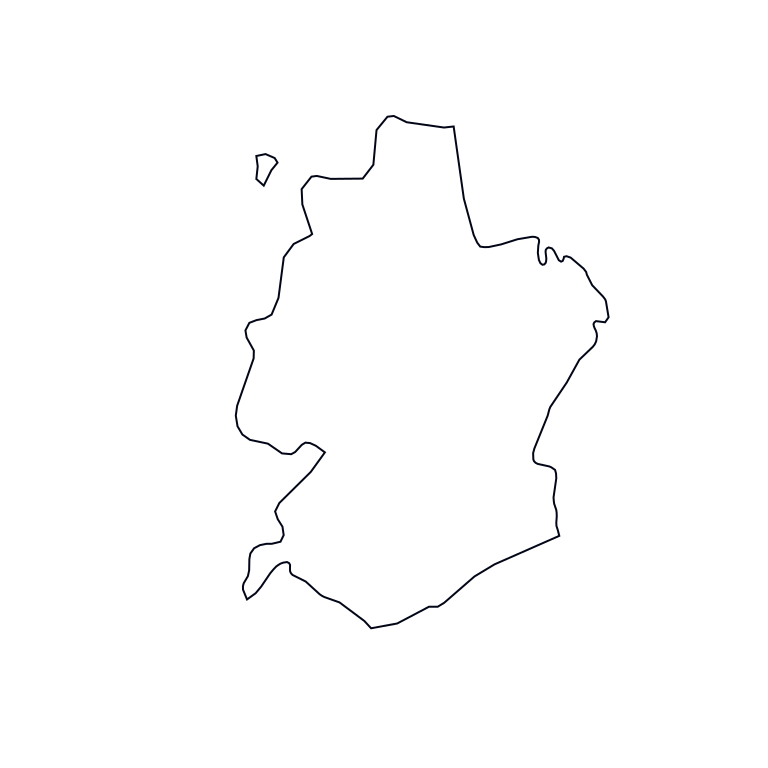 outline of Matera, rotated 32°
{"feature_id": "ITA-5389", "entity_name": "Matera", "entity_type": "Province", "adm_level": 1, "iso_a3": "ITA", "parent_name": "Italy", "parent_adm1": "", "projection": "albers", "projection_center": [16.459, 40.447], "detail": "fine", "context": "isolated", "style": "outline", "palette": "ink", "viewbox_px": 768, "rotation_deg": 32, "n_neighbors": 0, "source": "natural_earth", "source_scale": "10m", "svg_char_len": 2314}
<svg xmlns="http://www.w3.org/2000/svg" viewBox="0 0 768 768"><g transform="rotate(32 384 384)"><path d="M613.1,419.9L573.3,478.4L562.7,499.3L551.0,537.6L547.6,544.4L540.2,549.0L522.1,580.1L502.5,598.0L493.0,595.4L462.0,592.8L446.2,596.3L443.6,596.5L440.9,596.4L422.3,593.0L407.6,594.4L405.4,593.8L403.7,592.7L402.4,590.9L400.2,587.2L398.5,586.2L396.1,586.4L393.2,588.9L391.4,591.2L390.2,593.7L389.3,595.9L388.5,599.8L387.8,604.9L387.2,621.0L386.0,629.5L382.0,639.3L373.4,633.1L371.5,630.2L370.6,627.2L370.4,619.1L368.4,613.5L362.6,603.8L360.5,598.6L360.9,592.1L364.2,586.4L368.9,581.9L373.5,579.0L379.8,572.6L379.0,565.3L373.5,558.8L365.6,555.0L359.2,549.8L358.3,540.4L368.5,497.3L370.1,473.3L358.9,472.5L352.6,473.3L348.4,475.4L346.5,479.2L344.7,488.8L342.5,492.7L334.3,496.9L317.2,496.1L299.9,502.4L290.7,501.9L282.2,497.5L275.1,489.4L271.0,480.3L259.9,431.4L255.9,424.6L242.9,417.4L238.1,412.0L237.4,403.5L242.0,397.4L248.1,391.7L251.9,384.7L248.9,366.9L231.9,329.7L233.2,313.1L242.5,297.9L243.6,294.9L219.6,275.0L210.9,262.4L212.6,246.6L216.7,243.2L230.1,238.3L257.1,221.1L258.8,203.7L243.1,172.6L245.3,155.5L250.3,151.5L264.5,150.0L299.0,134.7L306.6,128.7L353.5,184.5L381.1,210.1L388.1,214.7L392.8,216.5L396.7,214.7L400.3,212.3L409.4,203.5L420.5,190.5L431.3,180.9L432.7,180.0L434.4,179.2L437.0,178.7L438.9,179.5L440.1,181.1L441.6,185.0L445.0,191.3L449.6,196.7L452.7,198.7L455.2,198.9L456.6,197.6L456.9,195.4L456.2,193.5L455.2,191.6L451.2,186.6L450.2,184.8L450.2,182.9L451.2,181.0L454.5,180.0L457.7,181.0L466.7,186.4L469.3,186.4L470.3,185.0L470.0,182.8L469.3,180.7L471.1,178.9L475.3,177.9L492.2,180.4L496.1,181.9L498.1,183.8L508.2,189.9L523.5,193.8L526.9,195.1L528.6,196.5L539.1,208.4L538.8,214.5L530.5,218.3L529.7,220.3L529.9,222.1L531.3,223.7L533.1,225.1L535.1,226.3L537.3,228.1L539.3,230.6L541.3,235.4L541.7,238.8L541.4,241.7L536.8,259.8L538.2,285.9L537.2,315.3L537.6,317.7L539.6,324.2L545.7,359.0L547.1,363.6L550.6,368.8L552.2,370.0L554.4,370.5L556.7,370.3L567.9,366.3L570.0,366.0L574.6,366.2L577.3,368.7L580.1,372.7L587.9,390.4L590.5,393.9L591.8,395.4L596.9,399.6L598.7,401.8L600.7,404.8L603.6,410.3L605.5,413.0L608.8,415.8L613.1,419.9ZM171.5,250.3L176.4,252.7L175.2,262.4L176.9,279.5L167.1,277.8L161.6,266.4L154.9,258.3L161.7,251.8L171.5,250.3Z" fill="none" stroke="#020617" stroke-width="2"/></g></svg>